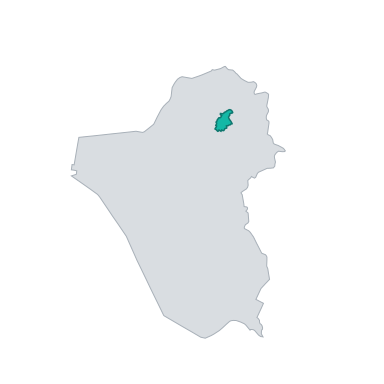 Makhmour, Arbil, Iraq shown in context, rotated 25°
{"feature_id": "34846034B86944625469149", "entity_name": "Makhmour", "entity_type": "district", "adm_level": 2, "iso_a3": "IRQ", "parent_name": "Iraq", "parent_adm1": "Arbil", "projection": "mercator", "projection_center": [43.61, 35.824], "detail": "fine", "context": "in_parent", "style": "filled", "palette": "teal", "viewbox_px": 384, "rotation_deg": 25, "n_neighbors": 0, "source": "geoboundaries", "source_scale": "gbopen_adm2", "svg_char_len": 5085}
<svg xmlns="http://www.w3.org/2000/svg" viewBox="0 0 384 384"><g transform="rotate(25 192 192)"><path d="M158.6,72.6L161.0,72.0L165.7,68.1L168.4,64.5L169.2,64.1L171.7,65.3L173.4,65.7L177.4,64.3L179.8,65.0L181.8,65.9L182.9,66.0L188.3,68.3L189.6,68.5L192.4,68.8L196.5,68.9L199.2,67.5L201.1,66.0L202.4,66.1L203.7,66.4L204.8,67.0L205.7,68.1L206.1,69.6L205.9,74.5L206.3,75.8L207.1,76.7L208.0,76.9L209.1,75.8L211.1,74.3L213.5,72.6L215.3,71.0L216.3,70.5L217.9,70.6L219.5,70.8L220.4,71.6L220.4,71.8L221.3,74.1L223.4,82.6L224.6,83.7L226.0,84.6L226.9,85.8L227.3,87.1L227.2,89.1L227.2,91.4L227.8,93.1L228.6,94.4L229.3,95.1L230.4,95.1L231.8,95.5L232.6,96.8L235.5,106.4L235.7,107.6L236.9,108.0L238.9,107.9L240.9,108.9L243.0,110.4L245.0,113.3L246.4,113.8L250.6,113.4L256.5,113.8L259.2,115.3L258.9,116.2L256.8,117.3L253.1,118.5L252.0,120.5L251.4,123.2L251.5,124.7L252.4,126.3L255.0,129.6L255.2,130.8L255.6,132.4L256.1,133.5L255.6,135.7L253.2,137.2L250.1,138.8L243.9,146.0L243.4,147.6L243.5,151.8L242.8,153.0L240.9,153.0L239.3,152.8L239.2,154.3L238.3,156.3L237.7,158.0L240.0,162.1L240.4,164.2L240.0,166.2L237.9,169.5L236.7,171.8L237.0,172.3L238.6,173.2L243.8,180.6L245.4,183.2L247.6,182.5L248.4,182.5L249.1,183.0L249.4,183.8L249.4,184.9L248.9,186.6L251.7,187.3L252.7,189.0L255.9,194.7L255.8,196.4L254.2,199.1L254.2,200.9L254.5,202.5L255.1,203.0L259.8,203.2L261.8,203.9L266.8,206.8L272.4,211.3L277.1,214.9L281.0,218.0L285.2,217.8L286.3,218.4L287.4,219.3L288.6,221.9L291.0,227.6L293.1,229.5L296.2,234.1L299.2,238.4L297.2,244.3L295.3,250.3L295.3,258.1L295.3,262.3L299.4,262.5L303.8,262.7L303.9,267.6L303.9,272.6L303.9,278.3L305.3,278.6L307.4,279.8L308.3,281.6L309.4,282.6L310.7,282.8L312.1,283.7L313.4,285.3L313.9,286.6L313.5,287.4L313.8,288.9L314.7,291.1L315.9,292.1L317.6,293.3L315.2,294.0L312.7,293.5L307.2,291.0L305.4,290.9L303.1,291.9L303.0,292.7L297.2,289.9L295.2,289.3L294.4,289.3L291.1,289.3L286.4,289.8L283.6,291.0L281.7,292.2L280.8,293.3L280.5,294.0L279.0,297.4L277.2,301.9L275.4,305.9L271.9,311.5L270.0,314.1L265.8,318.9L261.3,319.9L250.9,318.9L239.3,317.9L227.7,316.8L219.2,316.0L218.5,315.8L210.0,308.9L203.3,303.5L194.9,296.7L186.4,289.7L177.7,282.6L171.4,277.5L163.7,270.8L156.7,264.7L151.2,259.9L144.2,255.7L138.7,252.4L130.6,247.7L124.2,243.8L118.7,240.5L110.2,235.4L107.4,234.1L98.6,232.4L90.3,230.9L81.7,229.4L75.9,228.4L79.7,224.8L78.6,221.5L75.8,222.1L73.3,222.9L71.7,217.8L73.7,217.2L71.9,210.6L70.0,203.7L68.2,197.1L66.4,190.3L73.7,185.9L79.1,182.7L86.7,178.1L94.1,173.6L101.1,169.4L108.7,164.8L115.6,160.6L122.0,158.9L123.3,157.6L126.2,151.8L128.6,146.9L128.7,145.8L128.8,138.8L129.2,130.6L130.0,126.3L131.4,122.4L132.7,119.5L132.9,116.9L132.7,114.2L131.3,110.1L129.9,105.8L130.1,101.7L130.4,99.5L131.2,95.9L132.7,93.3L134.3,91.7L140.3,90.1L143.9,89.1L148.7,84.5L151.5,81.7L155.4,77.4L158.3,74.2L158.6,73.1L158.6,72.6Z" fill="#d9dde1" stroke="#a8b0b8" stroke-width="1"/><path d="M184.6,108.8L184.8,109.6L185.1,109.8L185.4,110.0L185.6,110.1L186.6,110.1L186.6,110.3L186.6,111.0L186.6,111.7L186.4,112.1L186.3,112.5L186.1,112.8L185.8,113.0L185.6,113.1L185.1,113.3L184.9,113.6L184.8,114.0L184.7,114.5L184.6,115.2L184.5,115.5L184.5,115.9L184.5,116.0L184.4,116.2L184.5,116.4L184.6,117.1L184.6,117.4L184.5,117.7L184.4,117.9L184.3,118.2L184.4,118.6L184.6,118.6L184.8,118.7L184.9,118.9L185.2,119.4L185.4,119.6L185.5,120.1L185.5,120.4L185.5,120.7L185.5,120.9L185.4,121.2L185.3,121.5L185.5,121.7L186.0,121.7L186.3,121.7L186.4,122.0L186.5,122.3L186.6,122.5L186.5,123.0L186.4,123.5L186.3,123.9L186.2,124.2L186.2,124.5L186.2,124.9L186.2,125.1L186.5,125.3L186.8,125.3L187.2,125.3L187.5,125.2L188.0,125.4L188.3,125.6L188.7,125.7L189.2,126.0L189.5,126.1L189.8,126.1L190.0,125.8L190.2,125.5L190.3,125.1L190.3,124.4L192.6,124.7L192.7,123.3L193.1,123.3L193.6,123.3L194.1,123.3L194.4,123.2L194.8,122.9L194.9,122.6L195.0,121.9L195.0,121.4L194.9,121.1L194.9,120.8L195.0,120.6L195.5,120.2L196.4,119.5L196.2,118.8L196.0,118.4L195.6,118.0L195.2,117.5L195.5,117.2L195.9,117.0L196.1,116.9L196.5,116.8L196.8,116.5L196.9,116.4L196.9,116.2L197.0,116.1L197.1,115.9L197.4,115.5L197.8,115.2L198.2,114.9L198.4,114.8L198.5,114.5L198.5,114.3L198.5,113.9L199.2,113.4L199.5,113.2L199.4,113.0L198.7,112.5L198.1,112.1L197.6,111.7L197.1,111.4L196.2,110.9L195.6,110.6L195.3,110.3L194.8,110.1L194.6,109.9L194.1,109.5L193.8,109.2L193.6,108.9L193.4,108.4L193.4,108.2L193.5,107.7L193.6,107.4L193.7,106.8L193.8,106.5L193.7,106.3L193.4,105.8L193.2,105.5L193.2,105.3L193.2,105.2L193.3,105.0L193.4,104.9L193.5,104.8L193.7,104.5L193.9,104.4L194.2,104.2L194.4,103.9L194.5,103.7L194.9,103.6L195.0,103.5L195.1,103.3L195.3,103.0L195.3,102.8L195.0,102.4L194.8,102.3L194.5,102.0L194.1,101.8L193.9,101.7L193.5,101.4L193.2,101.3L192.9,101.3L192.7,101.3L192.4,101.3L192.1,101.4L191.9,101.3L191.7,101.3L190.8,101.7L190.7,101.9L190.5,102.3L189.9,103.1L189.5,103.4L189.3,103.8L189.1,104.2L189.0,104.6L188.8,104.9L188.6,105.2L188.4,105.4L188.1,105.7L187.8,106.0L187.6,106.3L187.6,106.6L187.6,106.9L187.4,107.2L187.1,107.8L186.8,108.0L186.3,108.3L185.9,108.4L184.9,108.7L184.6,108.8Z" fill="#14b8a6" stroke="#0f766e" stroke-width="1.5"/></g></svg>